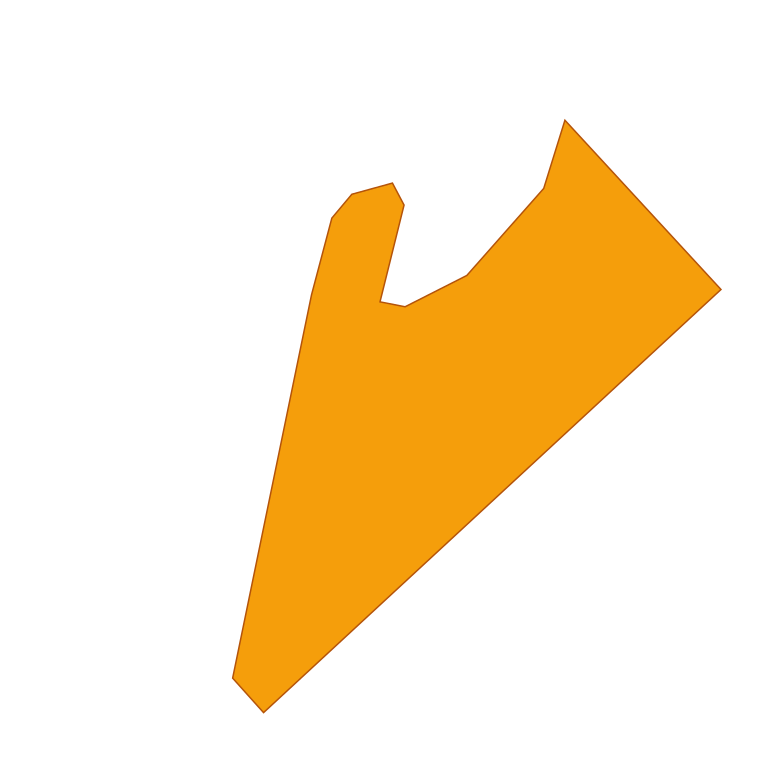 an SVG outline of Pointe Noire, rotated 47°
{"feature_id": "COG-5855", "entity_name": "Pointe Noire", "entity_type": "Region", "adm_level": 1, "iso_a3": "COG", "parent_name": "Republic of the Congo", "parent_adm1": "", "projection": "equal_earth", "projection_center": [11.852, -4.798], "detail": "fine", "context": "isolated", "style": "filled", "palette": "amber", "viewbox_px": 768, "rotation_deg": 47, "n_neighbors": 0, "source": "natural_earth", "source_scale": "10m", "svg_char_len": 336}
<svg xmlns="http://www.w3.org/2000/svg" viewBox="0 0 768 768"><g transform="rotate(47 384 384)"><path d="M495.9,695.3L269.3,376.1L227.1,309.0L223.3,278.1L242.8,240.8L266.8,247.3L321.2,330.9L341.9,315.9L361.1,249.4L349.9,133.8L314.5,71.8L544.7,73.1L542.2,696.2L495.9,695.3Z" fill="#f59e0b" stroke="#b45309" stroke-width="1.5"/></g></svg>